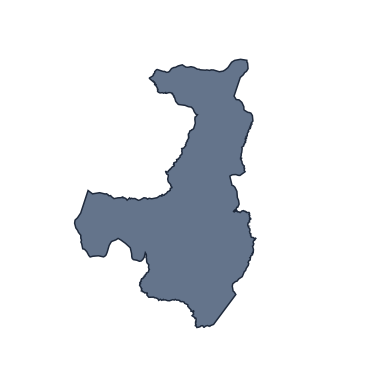 outline of Lupososhi, Northern, Zambia, rotated 144°
{"feature_id": "96606910B11970238956391", "entity_name": "Lupososhi", "entity_type": "district", "adm_level": 2, "iso_a3": "ZMB", "parent_name": "Zambia", "parent_adm1": "Northern", "projection": "orthographic", "projection_center": [29.571, -10.656], "detail": "fine", "context": "isolated", "style": "filled", "palette": "slate", "viewbox_px": 384, "rotation_deg": 144, "n_neighbors": 0, "source": "geoboundaries", "source_scale": "gbopen_adm2", "svg_char_len": 6101}
<svg xmlns="http://www.w3.org/2000/svg" viewBox="0 0 384 384"><g transform="rotate(144 192 192)"><path d="M275.2,254.3L294.4,240.4L299.8,238.4L303.1,238.0L305.3,235.8L307.1,231.2L307.1,228.1L307.6,226.1L307.4,222.4L309.1,220.0L309.7,218.0L311.3,216.8L311.6,215.1L313.8,210.3L312.6,208.8L312.2,205.6L312.8,201.3L312.6,199.3L310.0,198.3L305.2,195.4L301.7,191.5L300.4,191.3L298.7,191.5L296.1,193.1L290.4,197.5L287.1,199.0L285.9,199.2L281.7,198.0L279.1,197.9L277.8,195.1L276.0,189.6L274.7,183.2L277.1,177.6L278.8,175.0L279.4,173.4L279.2,171.8L276.7,169.2L275.3,166.9L273.8,166.1L271.6,166.3L269.0,167.3L265.5,170.3L265.7,168.3L266.7,166.7L267.6,166.3L267.7,165.3L269.7,162.1L270.0,160.6L269.7,158.6L271.6,156.5L272.1,154.4L272.5,154.5L274.3,152.9L276.5,153.2L277.2,152.6L278.7,152.4L279.5,151.6L280.1,152.0L281.2,151.2L281.7,151.5L282.7,150.9L283.8,151.4L285.2,150.5L285.4,149.7L286.3,149.8L287.1,148.9L287.5,149.2L288.0,148.5L287.8,148.0L288.4,148.0L289.2,147.4L289.4,144.2L289.8,143.7L289.5,143.4L291.1,141.8L290.4,141.3L290.7,140.6L290.0,139.9L289.5,138.0L288.5,137.7L288.2,136.5L287.7,136.5L287.8,136.1L289.0,135.3L288.8,132.2L284.7,129.4L284.6,128.6L283.4,127.5L282.4,125.7L282.6,123.9L280.7,123.8L280.2,122.2L278.6,121.9L278.8,121.6L276.9,120.3L275.7,118.5L274.1,117.2L270.8,116.2L269.9,115.0L268.7,115.0L268.0,113.5L266.7,112.7L265.7,111.4L265.9,110.4L265.0,109.4L264.0,108.9L263.1,107.4L263.4,106.3L261.7,103.3L262.7,101.7L262.3,100.9L262.5,99.8L262.0,97.5L262.9,96.1L262.0,95.6L262.0,95.1L260.6,94.9L260.8,94.3L262.1,93.6L262.4,92.3L264.7,91.9L263.5,88.6L263.9,88.0L263.1,87.6L263.7,86.2L265.5,84.8L265.2,84.5L266.4,83.6L266.7,82.4L267.3,82.4L267.9,81.9L267.4,81.0L267.7,79.5L265.8,78.6L264.3,78.2L263.6,78.4L262.3,77.9L261.9,77.3L262.0,75.8L261.5,75.4L260.1,75.6L258.0,74.9L257.3,73.7L256.4,73.2L256.4,72.9L255.4,73.0L252.4,72.2L216.8,83.3L216.6,86.2L217.0,87.6L214.8,92.1L213.0,93.8L209.5,94.0L207.9,93.4L205.4,94.2L201.1,94.0L196.6,96.8L194.8,97.0L192.9,98.4L189.5,99.6L188.0,101.0L188.0,102.1L186.4,102.9L184.9,102.8L183.8,104.0L183.7,104.9L183.1,104.7L181.9,105.8L179.9,105.7L179.7,106.8L179.0,106.7L178.5,107.4L178.1,107.0L176.1,109.3L174.9,112.6L174.0,112.6L172.4,113.8L172.4,114.9L171.5,116.0L170.5,116.5L169.9,116.2L169.1,116.4L169.1,116.9L167.7,116.9L167.7,117.3L169.0,117.7L169.1,119.0L170.4,120.3L170.6,121.1L170.0,122.0L170.0,122.9L169.0,123.4L169.4,124.6L168.7,126.3L167.9,126.6L166.9,128.1L167.0,130.3L166.7,131.3L166.3,131.2L166.6,131.6L166.4,132.5L164.8,134.0L164.3,133.8L163.1,134.4L162.9,134.2L162.5,135.2L161.3,135.5L161.3,136.0L160.8,135.8L160.9,136.3L160.1,136.3L160.4,137.2L160.1,138.0L159.7,138.8L158.9,139.2L159.2,140.2L158.0,140.9L157.9,141.9L159.9,143.4L159.8,144.3L160.4,144.7L160.4,145.5L161.1,145.8L161.3,146.7L162.8,147.3L165.2,147.1L165.7,148.4L166.7,149.1L166.6,150.6L167.1,150.4L167.2,150.9L167.9,150.8L168.2,151.2L169.6,151.1L169.8,151.9L168.4,152.3L166.2,152.3L164.8,153.3L164.0,152.8L161.0,154.5L159.3,157.8L158.6,160.8L155.3,166.1L154.5,170.7L154.9,172.8L155.7,173.9L152.1,182.6L149.8,182.4L148.8,182.0L146.2,180.3L144.8,178.3L143.5,177.2L137.1,177.2L137.1,178.8L135.5,180.3L135.8,181.0L134.4,182.3L134.8,183.5L134.6,185.7L133.7,187.2L133.4,189.4L132.3,190.0L132.6,190.2L132.2,190.3L132.2,190.8L132.6,191.1L130.3,193.0L130.0,193.8L128.7,194.6L125.9,197.6L125.5,198.9L123.1,198.9L121.9,200.2L121.4,200.0L120.3,200.8L119.6,200.7L119.4,201.6L118.7,201.6L118.1,202.1L118.2,202.8L117.4,203.9L116.6,203.2L116.0,203.8L116.1,204.6L115.5,205.2L114.3,204.9L112.8,206.9L110.6,207.7L110.7,208.3L108.9,209.3L107.6,209.1L107.3,210.4L106.4,210.1L106.1,211.1L105.2,210.9L104.6,212.2L103.5,211.8L103.4,213.0L101.0,213.6L98.2,218.4L98.0,221.2L99.0,222.7L100.0,223.6L101.5,227.2L101.6,228.1L99.9,230.6L99.0,235.2L99.8,238.9L101.9,240.8L101.6,244.9L85.6,256.3L81.5,256.7L79.3,257.7L77.1,257.6L74.2,258.8L71.2,263.7L71.3,264.6L70.2,266.3L74.7,270.8L80.1,273.4L83.7,273.7L89.8,271.5L93.2,271.3L95.7,271.5L99.2,273.2L102.9,278.1L104.8,279.6L106.3,280.0L108.3,282.1L109.6,282.7L113.7,286.2L113.9,286.9L115.5,288.3L117.0,291.5L119.2,294.0L122.0,295.3L123.6,296.7L125.1,300.6L129.0,302.1L132.2,302.6L133.5,303.4L136.0,303.9L139.5,302.8L141.0,303.0L142.4,303.9L143.3,305.7L144.4,306.4L148.1,311.5L148.8,311.8L151.4,311.3L152.2,310.3L154.1,309.9L154.4,309.3L155.7,308.9L159.3,309.3L159.7,308.8L158.7,304.7L158.2,304.5L158.5,303.6L157.9,303.3L157.9,301.8L158.6,301.6L159.1,300.9L159.0,300.5L158.6,300.6L158.0,300.0L158.7,299.2L158.9,296.1L159.5,295.7L159.3,294.9L160.6,293.9L160.6,292.6L159.6,290.9L157.7,289.9L156.9,288.6L154.9,288.0L155.2,287.3L154.7,286.9L152.4,286.1L151.2,285.2L150.4,284.1L150.4,283.1L149.9,283.1L150.5,280.5L150.1,280.1L150.8,279.3L150.6,278.5L151.9,274.9L151.7,271.5L151.4,270.7L146.6,266.1L144.9,263.3L142.6,261.0L142.3,258.2L143.0,255.8L143.1,252.7L142.2,251.3L145.1,250.6L145.5,250.8L147.0,249.1L148.9,245.7L153.3,242.4L154.1,242.2L155.6,242.5L156.1,242.2L157.7,242.7L159.9,241.2L161.0,241.0L161.6,239.6L162.0,239.5L162.1,238.7L162.7,238.3L162.7,237.7L165.9,236.3L165.9,235.9L167.7,235.4L168.3,234.6L169.5,234.1L169.7,233.2L173.0,232.4L174.8,233.2L175.1,232.3L176.5,230.7L176.8,229.7L178.1,228.5L180.3,228.4L181.4,227.1L183.3,227.1L183.7,226.6L185.4,227.3L185.9,226.1L186.9,225.6L189.4,226.3L190.0,225.8L189.9,225.4L190.8,225.1L190.5,224.2L191.2,223.6L193.4,223.9L196.4,223.1L196.8,223.4L197.3,223.0L198.5,223.1L199.5,222.4L200.4,222.8L201.0,224.0L201.4,223.9L201.9,221.4L201.2,219.8L201.8,218.8L204.1,216.7L205.2,214.2L204.9,210.5L205.5,209.5L205.4,207.7L205.7,207.3L207.4,207.7L208.7,206.1L209.4,206.4L210.4,206.1L211.4,206.6L213.4,205.9L215.4,206.1L216.4,205.8L216.9,206.0L217.6,207.5L218.4,207.3L218.9,206.5L220.0,207.8L223.6,207.9L228.6,210.2L230.3,212.1L232.2,212.4L232.7,214.1L234.3,215.6L238.6,216.1L240.3,216.8L242.0,220.3L243.9,221.5L244.6,222.5L245.9,222.7L245.9,223.9L249.3,223.5L249.4,225.7L250.3,227.2L251.2,227.8L250.9,228.7L252.9,229.2L255.3,230.8L259.0,232.5L260.0,235.9L259.9,236.9L261.4,237.8L261.7,238.5L261.5,239.1L262.2,240.8L263.5,241.5L267.1,245.7L273.6,249.0L275.2,254.3Z" fill="#64748b" stroke="#1e293b" stroke-width="1.5"/></g></svg>